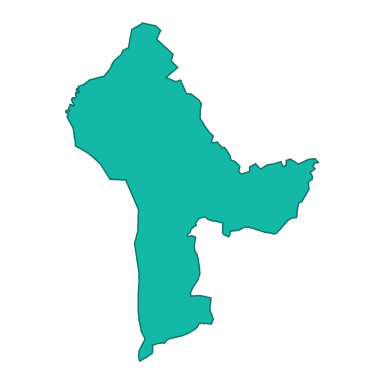 Nangere, Yobe, Nigeria
{"feature_id": "59680162B90533313280833", "entity_name": "Nangere", "entity_type": "district", "adm_level": 2, "iso_a3": "NGA", "parent_name": "Nigeria", "parent_adm1": "Yobe", "projection": "mercator", "projection_center": [10.961, 11.807], "detail": "fine", "context": "isolated", "style": "filled", "palette": "teal", "viewbox_px": 384, "rotation_deg": 0, "n_neighbors": 0, "source": "geoboundaries", "source_scale": "gbopen_adm2", "svg_char_len": 4547}
<svg xmlns="http://www.w3.org/2000/svg" viewBox="0 0 384 384"><path d="M160.6,30.4L155.7,25.9L149.8,24.7L146.6,24.0L142.2,23.0L141.5,24.0L131.9,29.5L130.2,37.8L128.6,47.7L123.0,50.4L121.1,54.8L114.5,60.4L112.4,63.5L110.4,68.5L104.1,76.2L89.8,79.9L83.2,84.8L78.3,86.5L78.1,86.8L78.2,87.2L78.3,87.6L78.7,87.9L78.8,88.1L78.6,88.3L78.1,88.4L77.7,88.5L77.3,88.7L76.9,88.8L76.5,89.0L76.4,89.3L76.3,89.5L76.4,89.8L76.6,89.9L77.0,89.9L77.4,90.1L77.9,90.4L78.2,90.6L78.3,90.8L78.5,90.9L78.7,91.0L79.0,90.9L79.2,91.0L79.4,91.3L79.5,91.5L79.5,91.8L79.3,92.2L79.2,92.5L79.3,92.7L79.3,93.0L79.1,93.2L78.8,93.3L78.4,93.2L78.2,93.1L78.1,92.7L78.1,92.4L77.8,92.1L77.7,91.7L77.6,91.4L77.2,91.4L76.8,91.4L76.6,91.5L76.4,92.2L76.3,92.7L76.3,93.0L75.9,93.2L75.6,93.3L75.5,93.6L75.5,94.2L75.6,94.8L75.7,95.3L76.0,95.6L76.2,95.9L76.3,96.1L76.5,96.4L76.6,96.6L76.5,96.9L76.2,97.2L75.5,97.4L74.8,97.8L74.2,98.1L73.9,98.1L73.7,97.8L73.2,97.7L72.1,98.2L72.0,98.5L72.2,99.0L71.7,99.3L71.4,99.6L71.4,99.8L71.7,100.2L72.1,100.5L72.4,100.9L72.2,101.5L72.4,102.1L72.8,102.6L73.1,103.2L73.4,103.6L73.8,104.2L73.7,105.0L73.8,105.4L73.8,105.9L73.6,106.1L73.1,106.3L72.6,105.9L72.2,105.4L71.9,104.9L71.4,104.6L70.9,104.7L70.5,104.5L70.0,104.5L69.8,105.1L70.0,105.6L69.8,106.0L69.1,107.3L68.6,108.3L68.6,108.8L69.0,109.3L69.5,109.9L69.7,110.4L69.0,111.4L68.4,111.3L67.9,111.2L67.8,110.9L67.8,110.4L67.4,110.2L66.9,110.3L66.6,110.2L66.3,110.6L65.8,110.9L65.7,111.3L65.7,112.0L65.8,112.3L66.1,112.6L66.7,112.8L67.4,112.8L67.7,113.1L68.0,113.7L68.0,114.3L67.6,115.1L67.7,115.7L67.7,116.2L67.0,116.7L67.4,117.7L68.5,119.2L69.5,121.4L73.1,128.0L74.2,134.4L74.3,137.0L75.1,140.5L75.1,140.9L75.2,141.3L75.3,143.2L75.5,145.9L89.0,153.6L100.3,163.7L103.3,168.5L108.0,176.0L110.0,179.2L125.8,180.1L127.3,183.6L136.5,205.0L138.5,209.6L137.8,231.3L134.6,243.4L139.1,273.6L139.0,275.5L138.8,277.2L139.2,278.8L139.1,281.6L138.6,288.7L138.3,293.7L138.2,303.1L138.4,304.3L138.1,306.3L138.2,309.6L138.3,313.0L138.6,315.1L138.8,317.6L139.0,320.3L139.0,320.5L139.8,323.1L139.9,323.4L140.3,325.4L141.0,328.9L141.2,331.3L145.2,338.9L139.4,350.1L138.5,355.4L138.6,355.9L138.9,357.5L139.2,359.5L139.6,361.0L141.8,360.0L144.2,358.5L145.6,357.9L147.9,356.3L149.5,355.2L151.9,353.6L152.5,351.9L152.8,347.7L152.3,345.2L154.7,344.6L155.9,344.0L157.7,343.6L162.9,342.8L164.3,343.2L167.1,340.0L169.2,338.7L182.1,335.8L189.7,332.5L195.7,328.6L197.2,327.2L198.7,323.8L199.8,323.7L200.6,323.2L201.1,323.1L201.7,323.0L204.0,323.7L204.4,323.7L204.9,323.5L206.1,323.5L208.1,323.6L211.4,324.0L213.3,319.2L211.4,314.0L209.8,310.1L211.0,298.0L203.6,296.3L202.5,296.1L200.3,295.7L197.1,295.7L194.5,296.0L190.8,295.9L190.9,294.5L190.3,293.3L193.1,286.9L196.1,282.7L196.1,282.4L197.8,280.1L198.3,278.2L198.7,277.4L199.9,273.7L199.4,268.9L199.7,268.2L198.2,260.4L198.3,259.9L196.9,253.8L196.3,253.5L194.7,250.5L194.3,245.4L195.6,237.3L194.4,236.7L192.4,235.9L191.1,235.8L189.0,236.4L187.7,236.5L187.2,235.0L188.3,233.7L189.7,232.7L190.5,231.1L191.1,229.1L192.6,227.9L192.9,227.6L193.4,227.2L193.4,226.9L193.5,226.9L193.9,226.5L194.5,226.3L195.7,225.8L196.1,225.4L196.3,225.2L195.4,223.4L199.2,218.4L204.2,216.9L206.2,217.5L207.6,219.3L209.1,219.6L209.8,220.2L211.1,220.5L212.2,220.3L213.2,221.2L214.3,221.0L216.7,221.2L219.1,222.2L221.0,222.2L222.9,223.5L222.6,232.3L222.9,233.3L223.3,233.8L223.8,234.4L224.4,234.8L226.5,235.9L228.4,236.8L229.7,235.4L230.3,231.1L237.5,230.5L240.2,229.5L242.0,228.6L243.7,227.6L245.2,227.0L249.7,227.5L249.8,227.5L250.4,227.5L265.7,232.5L267.6,232.5L274.7,234.0L276.2,233.4L280.2,229.2L288.1,220.2L292.4,217.8L296.3,217.6L297.2,214.6L296.8,213.0L297.9,206.9L298.6,203.1L301.6,201.8L305.7,194.9L307.7,191.5L309.2,189.0L308.6,186.8L308.5,184.5L308.2,182.5L309.9,180.8L312.1,179.4L312.4,176.4L310.2,172.5L315.1,168.8L312.6,166.1L314.0,164.5L313.8,163.3L315.4,162.7L316.6,163.0L318.3,162.5L315.0,158.6L308.5,159.4L298.3,164.2L290.4,159.0L286.3,160.5L286.3,165.3L282.9,166.7L280.9,161.7L278.8,162.4L275.6,163.3L272.6,164.3L270.4,164.3L268.4,164.8L267.1,165.0L264.7,166.5L260.6,169.2L260.4,169.1L255.5,163.8L249.6,167.1L249.7,171.5L241.0,174.2L240.8,174.2L238.7,171.2L239.9,166.4L234.9,161.5L231.0,160.0L229.7,155.0L229.5,154.9L224.6,147.4L222.4,147.8L218.2,143.4L217.5,142.1L212.2,142.9L211.2,141.5L213.0,137.3L213.0,135.6L210.2,133.4L205.1,126.6L200.1,118.4L200.2,110.7L201.4,103.8L201.0,103.2L198.6,99.8L191.0,94.0L186.4,93.6L180.5,80.1L175.9,81.8L166.0,77.6L170.5,73.6L171.4,72.8L177.6,67.6L171.2,60.8L173.0,54.3L156.6,39.2L160.6,30.4Z" fill="#14b8a6" stroke="#0f766e" stroke-width="1.5"/></svg>